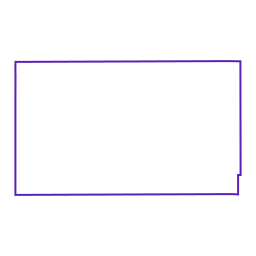 outline of Scotts Bluff, Nebraska, United States of America
{"feature_id": "52423323B66361254084012", "entity_name": "Scotts Bluff", "entity_type": "district", "adm_level": 2, "iso_a3": "USA", "parent_name": "United States of America", "parent_adm1": "Nebraska", "projection": "mercator", "projection_center": [-103.789, 41.851], "detail": "fine", "context": "isolated", "style": "outline", "palette": "violet", "viewbox_px": 256, "rotation_deg": 0, "n_neighbors": 0, "source": "geoboundaries", "source_scale": "gbopen_adm2", "svg_char_len": 322}
<svg xmlns="http://www.w3.org/2000/svg" viewBox="0 0 256 256"><path d="M240.4,61.3L227.9,61.1L15.5,61.9L15.5,63.2L15.4,64.8L15.4,65.0L15.4,73.2L15.5,74.5L15.4,99.9L15.4,103.8L15.4,112.9L15.4,179.4L15.4,194.9L232.0,194.1L238.1,194.4L238.1,175.0L240.6,175.0L240.4,61.3Z" fill="none" stroke="#5b21b6" stroke-width="2"/></svg>